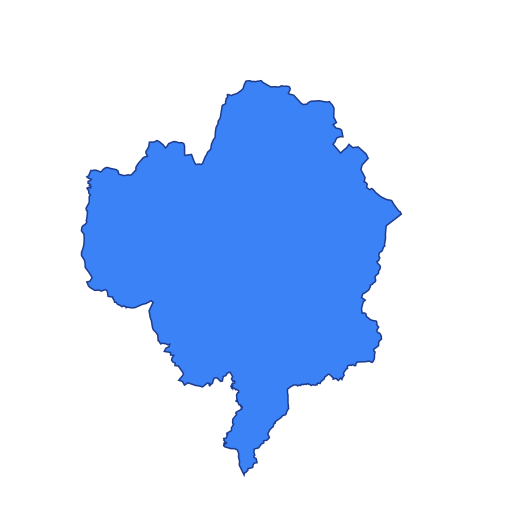 Oke Ta Ra, Mandalay, Myanmar (Natural Earth projection), rotated 233°
{"feature_id": "60261553B97058697426989", "entity_name": "Oke Ta Ra", "entity_type": "district", "adm_level": 2, "iso_a3": "MMR", "parent_name": "Myanmar", "parent_adm1": "Mandalay", "projection": "natural_earth1", "projection_center": [96.134, 20.038], "detail": "fine", "context": "isolated", "style": "filled", "palette": "blue", "viewbox_px": 512, "rotation_deg": 233, "n_neighbors": 0, "source": "geoboundaries", "source_scale": "gbopen_adm2", "svg_char_len": 6156}
<svg xmlns="http://www.w3.org/2000/svg" viewBox="0 0 512 512"><g transform="rotate(233 256 256)"><path d="M114.2,306.4L115.1,306.6L116.2,307.7L117.6,308.1L120.0,308.3L120.9,307.4L122.5,307.2L124.1,307.9L125.4,311.2L127.9,311.0L130.9,312.8L131.7,312.8L135.1,309.7L137.2,308.8L141.4,307.8L143.8,309.0L145.5,308.1L146.5,306.3L150.6,308.7L154.8,314.0L155.0,316.7L159.3,315.3L161.5,318.6L161.0,321.2L161.0,325.5L162.6,328.7L163.8,329.7L163.4,332.0L163.8,333.6L163.7,335.8L164.6,337.0L167.6,338.3L168.2,339.7L168.5,343.5L170.2,344.8L170.9,346.9L172.0,348.5L173.7,349.2L177.2,348.8L178.8,349.3L178.5,351.2L180.1,353.8L182.0,354.0L183.9,355.8L184.4,357.1L184.1,358.7L184.3,360.1L186.4,363.2L186.5,364.9L187.5,365.2L192.2,370.1L195.8,372.7L201.6,378.0L201.8,379.2L202.0,397.3L204.6,397.7L206.2,397.0L213.8,397.1L218.7,397.7L222.6,394.2L228.1,391.4L234.5,389.8L238.9,389.5L240.3,389.0L240.5,386.7L244.2,385.6L246.5,388.1L248.9,387.9L250.1,387.0L253.0,390.3L261.9,391.8L264.8,395.5L266.5,404.4L271.4,405.3L281.8,403.2L282.3,401.5L283.2,400.7L284.2,398.5L289.2,397.5L287.8,393.1L287.9,390.8L287.3,385.5L298.9,384.8L299.7,387.9L301.3,390.6L301.6,391.9L300.5,395.3L298.9,397.2L305.0,400.1L307.3,399.4L309.9,396.9L314.4,396.6L314.1,400.5L320.3,401.8L327.0,407.2L330.1,407.8L335.2,407.5L336.0,405.7L337.1,404.4L341.9,400.0L346.3,393.3L346.7,392.5L347.0,389.5L346.6,388.1L348.7,384.7L351.2,383.9L361.7,382.9L366.0,379.6L366.7,379.9L367.9,382.7L369.2,384.1L370.9,384.4L372.3,383.7L375.1,380.1L376.7,378.7L376.7,377.5L377.4,375.5L379.6,373.3L382.1,369.6L390.2,366.0L392.9,365.7L395.8,360.2L397.3,358.7L397.9,357.4L399.6,356.8L401.7,353.3L400.1,350.0L397.5,346.4L397.1,344.3L397.2,339.3L397.4,337.8L398.6,334.9L398.7,333.2L402.0,330.7L402.1,330.2L399.8,328.8L399.7,327.1L399.4,326.6L398.8,326.3L397.8,324.7L396.3,323.8L396.0,322.6L396.5,320.4L396.4,319.5L387.7,310.4L386.4,306.8L384.5,305.3L382.7,301.5L379.6,298.3L375.2,294.6L374.5,291.9L372.0,287.6L368.5,284.1L368.0,279.6L366.7,277.9L366.0,275.5L362.0,268.9L362.2,267.1L363.5,266.2L365.3,263.0L368.3,263.3L375.9,265.6L379.1,259.8L380.2,260.2L386.8,265.1L389.0,265.9L390.4,265.5L391.7,264.4L392.5,262.9L396.0,260.3L397.1,258.7L398.3,253.8L397.1,250.8L396.8,248.7L400.4,248.8L405.1,247.7L407.6,246.6L408.0,245.9L408.2,243.3L411.1,239.4L408.0,236.3L406.7,233.7L405.9,231.3L404.4,230.0L401.0,229.4L402.1,226.7L402.4,225.0L400.7,217.5L399.5,214.2L398.7,213.1L397.0,211.9L395.8,205.0L396.4,203.9L397.7,202.9L399.5,199.1L403.2,196.2L404.3,195.8L406.8,197.0L409.1,196.4L413.7,192.3L415.4,191.3L416.7,189.7L417.1,188.3L417.1,185.9L416.6,184.0L416.7,182.4L420.4,180.2L422.0,178.5L422.5,177.0L423.7,175.6L420.8,170.6L421.0,168.5L419.0,169.0L416.4,170.6L416.0,169.1L416.7,166.9L415.3,165.7L412.8,166.7L412.4,165.2L410.7,166.1L409.9,164.8L411.7,163.3L411.9,161.9L408.8,161.6L406.7,160.3L404.2,160.5L404.0,158.7L399.1,155.0L396.4,149.0L394.3,148.0L393.4,148.5L389.9,145.5L386.8,142.4L386.5,141.7L384.9,141.3L384.1,139.0L384.3,136.2L383.9,134.5L381.2,131.7L376.9,131.7L372.5,128.7L368.7,125.4L366.0,122.2L364.1,119.0L361.4,116.9L356.1,116.5L353.0,115.1L349.6,112.7L343.3,112.7L337.3,112.1L335.8,108.0L337.1,105.3L332.9,104.2L330.8,104.5L325.6,106.5L323.1,110.4L321.2,111.1L319.8,115.3L319.0,115.8L317.4,116.0L312.8,113.6L309.3,116.9L308.2,116.1L306.7,116.2L304.1,115.3L303.2,116.4L300.6,116.4L298.7,117.6L296.1,118.5L295.8,120.3L293.8,121.5L292.9,121.1L292.5,122.6L289.6,125.2L287.7,128.0L285.7,136.3L284.2,139.7L283.4,145.3L280.9,145.9L276.7,137.7L270.4,134.4L267.2,133.5L260.8,130.1L258.6,129.6L255.9,130.1L252.0,130.0L247.3,126.9L246.3,127.3L243.2,126.9L242.7,128.7L240.0,131.3L238.2,132.1L237.5,134.0L235.9,132.0L236.6,128.5L235.0,125.3L230.4,129.7L228.4,128.2L226.1,130.5L225.0,127.4L223.5,125.8L221.4,125.8L219.1,127.0L217.3,125.3L215.0,127.8L205.8,127.4L204.7,125.7L203.3,119.5L200.1,121.7L195.9,121.2L195.7,125.3L188.8,130.0L186.8,132.1L183.6,134.5L183.8,140.6L182.3,142.3L181.5,141.1L180.7,140.8L180.1,141.0L180.7,142.2L180.5,142.6L180.6,144.7L182.7,147.4L183.6,149.4L182.2,151.5L177.1,152.3L176.4,153.9L179.5,157.3L178.6,160.0L179.8,162.4L178.8,165.4L173.6,164.7L172.6,162.4L169.7,162.1L169.5,163.5L167.5,163.0L167.8,161.5L168.5,160.6L166.9,157.4L166.5,157.4L166.4,158.9L165.1,157.3L164.8,158.2L163.8,157.7L164.1,158.6L162.3,159.4L161.4,159.3L161.0,160.3L158.7,161.0L157.5,160.1L157.8,159.2L157.0,157.1L153.9,155.0L152.4,154.6L152.6,153.5L152.2,152.7L151.6,152.8L151.2,153.9L147.4,152.9L145.9,154.2L145.3,153.4L144.0,154.3L143.4,153.8L143.5,152.6L142.3,152.5L143.2,146.1L142.7,145.3L141.5,145.4L141.0,144.8L139.7,139.4L137.4,137.3L136.1,136.7L135.2,136.9L133.5,132.9L132.0,131.9L131.4,131.0L132.0,126.1L130.9,126.1L131.0,125.3L130.1,125.3L128.5,122.3L129.7,120.4L128.6,120.1L128.3,119.5L127.4,119.8L125.4,118.4L124.7,118.9L124.7,120.0L124.2,119.5L124.4,117.4L125.3,117.5L124.2,116.1L122.7,116.1L120.9,117.3L117.3,120.0L115.1,122.9L112.3,124.4L108.6,123.3L105.9,121.0L102.2,119.5L99.1,116.8L88.3,114.7L89.8,116.5L89.3,117.6L89.8,120.6L91.0,121.5L89.1,126.1L91.1,128.1L91.5,130.2L90.3,132.5L94.2,134.2L96.0,133.3L97.0,133.5L97.6,134.2L97.7,135.2L100.4,136.1L102.9,138.5L101.2,142.6L102.6,147.1L102.1,149.8L103.8,150.8L102.3,154.0L102.7,156.7L103.1,157.6L106.8,158.2L108.8,162.3L109.4,165.0L109.3,166.8L111.5,169.8L111.0,170.8L112.1,171.8L111.9,178.8L112.5,181.1L111.4,184.3L113.6,187.6L114.7,190.5L115.7,190.7L116.2,191.3L119.5,193.2L125.8,197.9L127.8,198.8L130.7,201.0L130.7,205.5L130.1,209.0L128.3,210.9L127.3,211.0L126.8,212.9L125.8,213.5L126.0,215.6L125.0,216.1L124.1,218.1L123.2,218.9L123.2,220.4L122.2,220.6L121.5,221.5L119.4,222.1L119.2,223.5L117.3,225.5L116.4,227.4L117.3,227.9L117.3,228.9L115.6,230.5L116.6,232.3L116.8,236.5L118.1,238.2L117.9,239.7L118.1,242.0L117.3,243.5L112.0,244.3L111.2,243.5L110.2,246.2L107.0,246.8L107.6,250.3L105.7,250.3L107.1,252.6L107.7,254.6L109.9,255.4L111.5,260.3L111.1,261.4L112.6,262.2L113.1,263.3L112.1,265.8L111.3,266.2L110.9,268.2L109.4,268.4L108.5,269.7L109.9,271.0L110.3,273.2L105.7,279.8L104.0,283.1L101.2,284.6L101.3,286.0L102.8,288.8L105.9,291.3L107.7,293.3L109.0,293.0L110.6,293.7L110.6,299.9L113.7,302.5L114.2,306.4Z" fill="#3b82f6" stroke="#1e3a8a" stroke-width="1.5"/></g></svg>